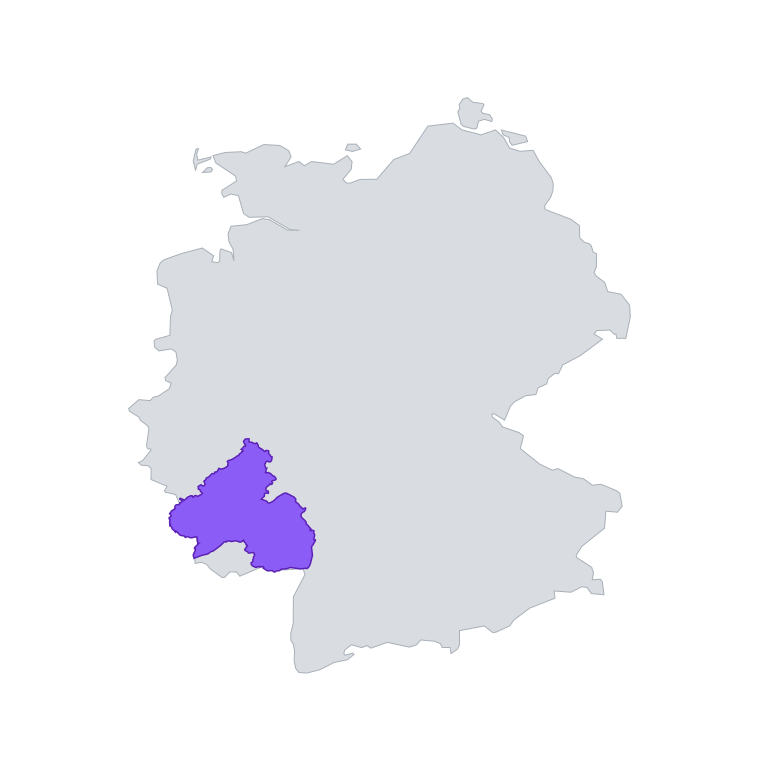 Rheinland-Pfalz highlighted on a map of Germany, rotated 344°
{"feature_id": "DEU-1580", "entity_name": "Rheinland-Pfalz", "entity_type": "State", "adm_level": 1, "iso_a3": "DEU", "parent_name": "Germany", "parent_adm1": "", "projection": "robinson", "projection_center": [7.376, 49.945], "detail": "fine", "context": "in_parent", "style": "filled", "palette": "violet", "viewbox_px": 768, "rotation_deg": 344, "n_neighbors": 0, "source": "natural_earth", "source_scale": "10m", "svg_char_len": 9778}
<svg xmlns="http://www.w3.org/2000/svg" viewBox="0 0 768 768"><g transform="rotate(344 384 384)"><path d="M335.8,643.9L316.0,633.3L298.6,634.3L295.7,630.9L289.8,631.2L280.8,625.7L272.9,628.9L271.1,632.0L271.6,633.9L279.7,634.1L280.7,635.7L272.6,639.0L259.3,637.9L243.6,641.0L230.4,640.6L222.7,637.9L220.7,633.0L221.2,625.8L224.3,616.3L225.2,609.3L223.8,604.8L225.6,598.1L230.7,589.2L238.3,563.5L255.5,545.4L255.2,539.1L225.2,532.7L220.4,530.9L216.1,526.1L192.4,529.0L190.4,524.1L184.1,522.1L177.5,526.0L175.2,525.5L166.1,514.0L163.8,508.6L159.5,505.1L153.0,504.4L155.0,493.8L161.1,486.0L161.2,479.4L148.1,474.1L141.5,466.7L139.8,458.2L143.7,448.3L154.5,442.4L153.2,432.8L144.1,427.8L143.5,426.2L147.3,422.5L133.7,411.6L136.9,400.7L134.6,397.5L128.3,395.1L126.2,391.8L130.8,391.1L141.6,383.5L142.0,382.3L139.0,381.2L138.6,378.1L145.7,362.1L145.4,359.3L139.7,351.5L139.6,348.7L131.8,339.9L131.8,337.1L144.1,331.5L154.6,335.5L158.5,333.1L163.7,333.4L176.3,329.4L179.7,324.5L174.9,320.5L175.4,317.4L189.5,308.5L191.9,304.2L192.8,296.1L190.9,293.4L189.1,291.6L176.8,290.2L173.7,285.5L174.8,279.3L176.9,278.1L191.6,278.2L197.4,260.2L200.9,254.6L201.9,232.2L193.9,225.6L196.9,212.7L202.4,205.8L206.8,203.9L225.8,202.8L246.8,203.2L255.5,213.7L252.3,219.0L257.4,221.5L259.9,220.6L263.0,210.8L264.7,209.2L273.6,215.7L273.8,224.3L276.1,212.7L274.2,204.7L275.4,196.8L280.4,190.2L295.8,193.0L312.7,191.5L319.2,194.5L333.9,209.6L344.9,212.9L336.4,209.7L318.6,191.3L300.1,186.5L296.0,181.3L296.0,162.8L289.0,159.1L281.6,160.4L280.5,156.2L281.7,153.1L298.3,148.2L298.6,143.2L283.3,125.2L282.6,117.3L295.3,117.7L310.9,121.4L314.7,124.0L334.4,120.7L349.6,126.0L356.8,133.5L357.3,140.1L348.6,147.8L363.7,146.7L367.6,152.3L375.7,150.2L396.2,158.9L411.6,154.4L414.6,161.4L411.7,168.5L400.9,176.0L403.4,180.6L406.9,181.6L417.2,180.7L433.6,185.2L455.1,171.0L472.3,169.4L497.2,148.2L522.2,152.2L529.1,161.3L546.0,171.3L561.1,170.5L566.9,180.0L569.7,191.7L578.8,197.8L591.8,200.5L594.5,212.8L601.8,232.1L601.8,238.1L599.7,244.7L595.8,250.3L587.5,257.0L587.1,260.8L609.2,277.3L615.5,285.6L612.4,297.6L616.0,303.4L619.7,305.4L621.3,308.4L621.5,315.3L624.3,317.3L620.5,329.8L616.6,335.0L618.1,339.3L624.1,347.1L624.5,356.8L636.6,363.1L641.8,376.0L639.3,387.2L629.1,406.8L620.3,404.2L620.7,400.0L619.1,399.7L616.1,394.4L603.2,391.3L599.7,393.8L606.4,401.1L580.3,410.9L561.1,414.9L554.6,422.2L551.0,420.8L543.4,424.0L540.4,428.7L531.1,430.1L527.1,436.0L517.0,434.3L504.8,437.0L499.5,440.0L489.9,452.0L481.5,442.8L479.5,442.8L479.1,445.8L484.1,452.4L486.1,457.9L500.6,468.1L503.8,472.4L497.2,483.7L511.5,503.8L522.1,513.3L528.0,513.3L541.1,525.7L549.7,530.1L556.4,538.8L564.8,540.1L577.9,550.5L580.6,554.0L579.3,567.0L573.1,571.6L562.2,567.4L556.3,583.3L529.2,594.7L521.5,601.7L521.5,604.0L533.1,617.4L533.3,623.4L530.2,629.6L538.1,631.3L539.3,634.4L537.4,647.2L525.5,642.6L523.1,635.5L518.1,633.4L506.4,635.7L490.5,629.8L489.3,637.0L462.3,639.6L443.8,646.6L438.4,651.1L423.6,653.4L420.1,653.0L413.7,644.2L388.6,641.9L384.8,655.3L381.6,659.1L374.1,661.6L375.0,655.5L367.3,653.3L366.8,649.3L361.7,645.2L348.8,640.2L343.1,643.8L335.8,643.9ZM559.7,154.2L561.2,159.0L559.9,161.4L553.5,157.3L547.3,157.4L543.8,163.6L541.1,163.9L531.3,158.2L529.7,155.5L530.0,142.7L532.9,140.0L533.3,136.1L538.4,131.9L543.1,131.7L547.1,137.7L556.4,141.7L557.1,143.4L552.4,148.4L553.7,151.2L559.7,154.2ZM588.5,184.8L588.9,190.5L573.0,189.9L571.5,185.6L572.4,181.6L567.1,177.1L566.9,172.3L588.5,184.8ZM265.0,121.2L261.6,126.9L262.1,116.9L268.0,106.4L270.6,106.6L267.3,111.4L266.7,117.5L280.4,118.1L278.8,120.0L265.0,121.2ZM426.3,151.7L417.9,151.8L411.4,148.3L415.3,143.5L423.5,145.8L426.3,151.7ZM278.2,130.8L276.1,132.5L267.9,130.7L273.9,127.4L277.4,128.2L278.2,130.8Z" fill="#d9dde1" stroke="#a8b0b8" stroke-width="1"/><path d="M139.9,460.3L139.3,460.3L139.7,458.3L140.0,457.3L140.4,456.3L140.9,455.8L141.1,455.3L140.9,454.9L140.3,454.5L140.6,453.4L140.7,453.1L141.2,452.9L142.3,452.8L142.8,452.6L143.1,451.9L143.1,451.1L142.8,450.3L142.1,449.7L142.7,449.0L144.0,448.3L144.5,447.6L145.7,447.2L148.2,446.6L149.2,445.9L149.0,445.2L149.1,444.5L149.5,443.8L150.0,443.3L150.8,442.9L151.4,443.0L152.8,443.3L154.3,443.1L155.0,442.5L155.0,441.9L156.4,441.9L158.0,441.3L158.0,441.1L157.9,440.8L156.0,438.5L156.0,438.1L156.2,437.8L156.6,437.7L156.9,437.7L157.3,438.0L157.7,438.7L158.1,439.0L159.0,439.4L159.4,439.8L159.6,440.6L159.8,440.7L161.1,440.3L163.8,438.7L166.3,438.4L167.0,438.1L167.8,438.2L169.1,438.9L169.2,439.1L168.9,439.8L168.9,440.0L169.3,440.0L169.8,440.0L170.7,439.7L171.4,439.2L171.9,439.2L172.9,439.7L173.6,440.5L174.5,440.6L177.5,439.8L178.9,439.6L179.2,439.4L179.2,439.1L179.1,438.4L178.4,437.5L178.1,437.0L177.9,435.8L177.9,434.8L177.7,434.5L176.7,434.1L176.5,433.9L176.7,433.3L177.0,432.6L177.0,432.2L176.9,431.5L177.9,431.0L180.0,430.4L180.4,430.4L180.8,431.2L181.5,431.8L181.8,432.0L182.6,432.2L183.4,432.1L183.8,431.7L184.2,431.0L184.3,429.6L184.0,427.9L184.3,427.6L185.6,427.3L186.5,426.5L187.1,425.5L187.9,425.3L188.9,425.2L190.5,424.7L193.5,423.0L194.0,422.8L194.7,422.9L195.8,423.3L196.5,423.1L197.1,422.1L197.4,422.0L198.7,422.4L199.3,422.2L200.6,421.1L201.0,421.0L201.7,419.7L201.8,419.6L202.3,419.7L202.7,419.9L202.9,420.1L203.1,420.6L203.3,420.8L206.5,421.0L207.2,420.9L209.8,420.3L211.6,419.3L211.6,419.2L211.7,418.2L211.9,417.9L212.2,417.5L212.3,415.7L212.0,415.3L212.4,415.0L213.8,414.6L215.9,414.8L220.6,413.7L222.9,412.7L223.4,412.7L224.4,412.8L224.8,412.5L225.2,411.7L225.5,411.5L228.0,410.6L228.6,409.7L228.8,409.6L229.0,409.6L229.4,409.9L229.7,409.9L229.9,409.8L230.0,409.4L230.0,408.7L229.8,408.3L228.7,407.4L230.8,406.4L232.3,405.2L233.8,405.6L234.1,405.3L234.1,404.2L233.8,403.7L233.5,403.4L233.4,402.8L233.1,401.0L233.3,400.2L235.1,398.9L235.8,398.7L239.1,399.5L238.9,400.5L238.3,402.1L238.3,402.3L238.3,402.5L239.1,403.0L240.6,403.4L242.7,405.2L243.8,405.9L244.2,405.8L245.1,405.5L245.4,405.5L245.7,406.2L246.1,407.9L246.1,408.5L246.0,409.7L246.0,410.0L246.6,410.9L249.0,413.4L249.9,414.7L250.2,415.3L250.3,415.9L250.4,416.0L250.7,416.0L252.1,415.4L252.5,415.4L253.1,415.6L254.7,416.4L254.5,417.5L254.0,418.4L253.9,418.8L255.0,421.1L255.2,422.1L255.6,422.7L256.1,423.0L256.4,423.3L254.9,426.4L254.5,426.8L253.6,427.4L253.2,427.5L252.4,427.4L252.1,427.3L251.1,426.3L250.7,426.1L250.1,426.1L249.5,426.2L249.1,426.4L248.3,427.4L248.0,427.7L247.4,427.9L247.1,428.8L247.0,431.1L247.1,431.8L247.4,432.2L248.2,432.6L248.0,432.9L247.2,433.6L246.4,435.6L245.7,436.1L245.6,436.5L246.0,436.8L248.6,437.3L248.8,437.5L248.9,438.0L249.0,438.1L250.0,438.5L250.3,438.9L251.7,441.4L252.2,441.9L252.9,442.2L253.3,442.8L254.1,444.9L254.1,445.4L254.0,445.8L253.6,446.1L252.6,446.3L249.8,446.2L249.4,446.5L249.1,447.2L249.1,447.4L249.7,448.1L248.7,449.4L248.5,449.5L248.1,449.5L247.8,449.4L247.1,448.8L246.8,448.6L246.4,448.9L246.1,449.3L242.8,450.7L242.1,451.4L241.4,452.7L241.3,453.3L241.4,453.8L241.8,454.3L243.0,454.9L243.3,455.2L243.2,455.5L242.9,456.5L242.8,457.1L242.7,457.2L242.3,457.1L241.3,456.3L240.3,456.5L239.5,456.4L239.2,456.4L239.0,456.6L238.5,457.3L238.3,457.9L238.3,458.6L238.1,458.9L237.5,459.2L236.5,459.6L234.3,461.0L234.5,461.2L235.0,461.4L238.7,464.1L239.2,464.7L239.3,465.6L240.3,466.8L242.6,466.7L245.1,466.1L247.8,464.9L250.0,463.5L257.1,461.6L258.6,461.6L259.3,461.7L260.2,462.1L266.3,467.8L267.5,470.2L266.6,472.7L267.1,473.6L268.4,475.2L268.9,476.2L269.5,478.2L270.6,479.8L270.9,480.4L271.0,480.9L271.4,481.7L272.5,481.6L273.6,481.4L274.4,481.6L274.3,482.4L273.5,483.4L272.3,484.6L270.5,484.9L268.9,485.8L268.0,487.2L267.9,489.1L268.7,490.8L270.1,493.0L271.1,495.2L270.6,497.0L271.7,498.5L273.0,501.6L273.8,503.0L273.8,503.5L272.6,504.0L272.6,504.5L273.6,504.8L274.6,504.9L275.6,505.1L276.2,506.0L275.4,507.4L275.4,508.0L275.8,509.2L275.8,509.9L273.8,513.8L273.7,514.4L275.0,514.8L274.8,515.7L270.9,519.5L270.2,519.8L269.6,520.4L269.2,521.6L268.1,528.5L267.9,529.2L263.7,536.4L262.5,538.0L260.7,539.6L258.9,540.2L258.3,539.6L252.7,538.7L243.6,534.6L242.6,534.5L239.3,534.8L234.5,533.7L233.9,533.8L232.6,534.4L231.9,534.6L229.5,534.1L227.4,534.6L226.6,534.4L226.1,534.0L225.5,533.1L225.1,532.7L223.8,532.1L221.3,531.8L220.1,531.1L219.3,530.3L218.0,528.6L217.2,527.9L217.5,527.5L217.9,527.2L217.5,526.2L216.5,525.9L214.0,525.7L213.8,524.9L212.7,524.9L211.6,525.1L211.4,524.9L210.3,525.0L209.2,524.2L207.2,522.3L207.0,521.5L206.7,520.5L206.7,520.1L206.8,519.8L207.2,519.1L208.2,519.0L208.4,518.9L209.2,518.0L209.6,516.5L210.5,515.6L210.8,514.3L212.0,513.5L212.5,512.8L212.4,512.3L212.2,512.0L212.3,511.6L212.6,511.1L212.3,510.4L211.8,510.1L210.4,509.7L207.5,509.3L207.0,509.0L207.2,508.6L207.1,508.3L204.8,506.0L204.4,504.9L204.7,504.5L205.2,504.3L206.3,503.1L207.2,502.5L207.8,502.3L208.0,502.0L208.0,501.7L207.8,500.8L207.2,500.7L207.0,498.5L206.3,497.5L206.0,496.5L206.0,495.4L205.8,495.4L205.6,495.3L204.5,496.1L203.9,496.2L202.9,496.4L202.3,496.3L201.9,496.3L201.6,495.9L199.5,494.7L198.2,493.7L194.5,493.5L194.1,493.4L190.3,491.6L189.2,492.3L188.7,492.4L188.2,492.1L187.5,491.8L187.1,491.7L186.8,491.8L182.4,494.2L174.0,497.4L172.9,497.5L171.6,497.4L167.9,498.8L161.3,498.5L153.3,499.2L153.4,498.5L153.4,496.2L153.7,495.4L154.6,494.3L156.1,492.8L157.2,490.9L157.2,490.5L156.5,490.0L156.4,489.7L157.3,488.7L161.5,486.5L161.0,485.9L161.2,485.6L161.4,485.5L161.9,485.6L161.5,485.2L161.3,484.7L161.1,484.1L161.2,483.4L161.7,483.0L161.8,482.8L161.6,482.4L161.6,481.9L161.9,480.4L162.0,480.3L162.0,479.7L161.8,479.3L159.8,478.9L157.1,478.9L156.1,478.7L155.2,478.2L153.5,476.9L152.6,476.4L152.1,476.4L151.2,476.8L150.8,476.8L150.1,475.3L149.9,474.9L149.0,474.4L147.1,473.7L146.2,473.0L144.4,469.3L143.4,468.0L142.8,469.0L142.4,468.4L141.5,466.3L140.5,465.1L140.3,464.5L140.5,463.7L140.1,462.3L139.7,461.7L139.1,461.4L139.9,460.3Z" fill="#8b5cf6" stroke="#5b21b6" stroke-width="1.5"/></g></svg>